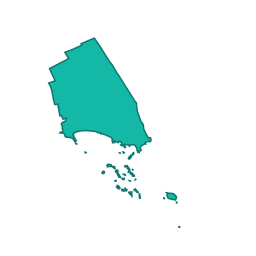 Kien Luong, Kiên Giang, Vietnam (Robinson projection), rotated 304°
{"feature_id": "81297802B41363610148385", "entity_name": "Kien Luong", "entity_type": "district", "adm_level": 2, "iso_a3": "VNM", "parent_name": "Vietnam", "parent_adm1": "Kiên Giang", "projection": "robinson", "projection_center": [104.552, 10.196], "detail": "fine", "context": "isolated", "style": "filled", "palette": "teal", "viewbox_px": 256, "rotation_deg": 304, "n_neighbors": 0, "source": "geoboundaries", "source_scale": "gbopen_adm2", "svg_char_len": 5803}
<svg xmlns="http://www.w3.org/2000/svg" viewBox="0 0 256 256"><g transform="rotate(304 128 128)"><path d="M105.2,59.7L99.9,64.7L101.1,65.7L99.0,69.2L101.5,71.2L100.4,71.5L99.7,72.0L99.2,72.1L97.5,71.8L96.4,70.7L94.7,70.3L93.5,70.9L92.7,72.7L90.7,73.7L90.2,75.0L89.3,75.7L88.4,75.8L86.6,74.3L85.9,74.2L87.1,76.5L87.6,78.4L87.0,79.6L86.0,80.3L85.7,81.8L86.3,82.5L87.6,85.0L88.3,87.4L87.9,89.9L87.1,90.9L86.9,91.5L86.9,91.9L87.3,92.4L88.1,92.0L88.5,92.2L88.6,91.5L89.2,90.9L89.6,90.0L89.8,88.5L90.0,88.5L90.0,88.0L91.0,87.7L91.2,87.4L91.6,86.1L92.8,86.0L93.0,86.2L94.6,86.6L96.7,88.0L100.5,91.9L103.1,95.8L107.0,103.1L107.3,104.4L107.1,104.8L107.2,105.7L107.8,106.7L108.3,106.7L108.5,107.0L108.4,107.9L107.8,108.6L108.5,109.3L109.6,112.7L110.7,119.4L110.4,121.1L108.9,121.6L108.1,122.4L108.3,123.1L107.2,123.6L108.0,124.1L108.2,124.5L108.3,124.1L108.1,123.8L108.6,123.3L108.9,123.5L108.6,123.7L108.5,124.2L109.6,123.8L109.8,124.2L109.7,125.9L110.3,126.8L110.3,127.8L110.6,128.1L111.0,127.6L111.3,127.6L111.8,127.8L112.2,128.4L112.3,129.2L112.2,131.1L111.6,131.2L111.2,131.8L110.7,131.9L110.4,131.6L110.1,131.6L109.9,131.4L109.6,132.2L110.1,132.6L110.4,133.8L110.6,134.0L111.1,134.2L111.9,133.6L112.5,134.1L113.0,135.6L114.2,137.8L113.7,138.9L113.7,139.5L114.4,139.5L115.0,139.2L115.5,139.3L117.2,142.1L117.5,143.1L117.5,144.1L116.9,144.9L116.4,146.3L115.7,147.0L115.3,147.8L114.6,147.8L114.3,148.0L114.3,149.3L114.0,149.6L113.5,149.7L114.0,150.4L113.9,151.0L115.1,150.6L116.6,151.4L117.4,150.9L117.5,150.1L117.7,149.7L118.5,149.6L119.0,148.9L120.1,149.0L123.9,150.5L124.2,150.8L124.5,151.7L124.8,151.5L124.6,150.8L125.0,150.5L126.9,151.2L128.1,152.0L128.1,152.3L128.8,153.1L128.8,153.9L129.0,154.1L129.8,154.1L131.1,153.7L132.5,152.1L132.2,151.5L131.6,151.5L131.4,151.1L131.5,149.6L133.5,145.7L135.9,141.7L138.4,139.5L139.1,139.2L139.6,137.9L140.3,136.8L140.4,135.6L140.7,135.0L147.0,126.5L149.3,124.3L153.7,120.7L153.6,120.1L153.8,119.4L166.7,90.2L167.3,88.3L171.5,79.6L172.7,75.6L179.6,60.0L183.7,49.8L171.6,41.9L170.9,43.5L160.3,36.9L155.5,33.3L152.3,40.0L133.4,29.7L126.4,41.2L120.9,37.1L118.7,41.2L115.2,45.2L110.1,50.2L106.5,54.2L108.6,56.5L106.5,58.2L106.1,59.6L105.2,59.7ZM96.3,198.1L96.3,196.8L96.0,196.3L95.9,197.3L94.5,197.6L93.7,198.1L92.3,200.3L92.5,201.9L93.7,204.6L94.0,205.8L94.5,206.5L94.8,207.6L97.4,207.1L98.1,206.6L98.8,204.2L98.9,203.0L98.6,201.5L96.8,198.3L96.3,198.1ZM86.9,131.9L85.3,131.3L84.7,132.3L84.3,132.7L85.1,133.3L85.8,134.4L86.1,134.4L86.7,135.1L87.1,137.5L86.7,139.2L87.3,139.7L88.5,138.6L87.9,138.0L87.9,137.1L87.4,137.0L87.2,136.4L88.0,134.5L87.2,132.2L86.9,131.9ZM77.2,167.1L75.6,164.8L75.3,164.6L74.8,164.8L74.7,165.8L74.1,166.8L74.3,167.6L74.0,168.7L73.7,169.3L74.7,168.8L75.5,167.4L76.3,167.5L77.2,167.1ZM91.7,160.2L92.5,158.9L92.4,157.9L92.8,157.2L92.8,155.7L92.1,154.9L91.5,155.4L91.3,156.3L91.5,157.2L91.4,157.8L90.7,158.4L91.0,159.5L91.7,160.2ZM84.9,145.4L85.2,144.1L84.6,143.6L84.4,144.9L83.6,145.1L83.0,146.7L82.1,147.8L82.1,148.1L82.7,148.5L83.0,149.2L83.3,149.1L83.6,147.9L84.5,146.3L84.5,145.8L84.9,145.4ZM106.3,145.7L104.9,145.1L102.8,145.4L102.7,145.9L102.9,146.3L103.9,146.8L106.4,146.8L106.8,146.2L106.7,145.8L106.8,145.6L106.3,145.7ZM80.8,168.0L80.4,167.5L79.7,168.2L80.4,169.9L80.4,170.2L79.7,171.1L80.2,172.4L80.5,172.3L80.6,171.9L81.2,169.2L81.6,168.4L81.5,168.0L80.8,168.0ZM77.6,133.5L78.3,133.2L78.6,132.8L78.5,131.8L77.7,131.4L76.3,131.4L76.0,131.9L76.3,132.9L76.8,133.3L77.6,133.5ZM95.1,149.8L94.4,149.8L94.0,150.2L94.2,151.3L93.6,152.2L93.6,152.6L94.4,152.8L94.8,152.6L95.6,150.4L95.1,149.8ZM73.7,157.2L73.2,157.3L72.7,158.4L73.3,159.0L73.3,159.4L73.9,159.1L74.1,159.3L74.2,160.7L74.4,160.8L74.7,160.5L74.2,159.7L74.5,158.4L73.9,158.0L73.7,157.2ZM96.1,148.9L96.4,148.7L96.4,148.4L95.3,147.1L94.4,146.6L94.1,147.4L95.4,148.6L96.1,148.9ZM83.6,153.5L84.2,153.1L83.2,152.2L83.0,151.8L83.1,151.1L82.8,150.9L82.6,151.2L82.8,152.1L82.5,152.6L82.6,153.2L82.9,153.5L83.6,153.5ZM110.3,146.1L108.6,146.2L108.2,147.0L109.5,147.3L109.9,147.0L110.0,146.4L110.3,146.3L110.5,146.7L110.8,146.5L110.3,146.1ZM76.8,177.4L78.0,176.4L78.4,176.0L78.3,175.6L78.0,175.5L77.6,176.0L76.9,176.1L76.3,176.7L76.3,177.1L76.8,177.4ZM111.2,135.2L111.0,134.9L110.2,135.3L110.1,136.4L110.3,136.8L110.8,136.7L111.2,135.2ZM73.6,151.6L73.3,151.1L72.6,151.6L72.3,152.4L72.3,153.5L72.7,153.2L73.2,151.8L73.6,151.6ZM73.7,155.0L73.9,154.3L73.2,153.6L72.7,154.1L72.7,154.7L72.9,154.9L73.7,155.0ZM86.8,143.8L87.1,143.0L86.8,142.0L86.4,141.7L86.5,143.5L86.8,143.8ZM77.4,147.8L77.8,147.6L77.8,147.3L77.2,146.7L76.8,146.7L76.8,147.3L77.1,147.7L77.4,147.8ZM74.2,153.9L74.7,152.7L74.6,152.0L73.9,153.1L73.9,153.6L74.2,153.9ZM92.9,154.8L93.1,154.1L92.8,153.7L92.4,154.5L92.4,154.8L92.9,154.8ZM79.2,175.1L79.7,174.9L79.8,174.4L79.4,174.3L78.8,174.7L78.8,175.0L79.2,175.1ZM84.0,107.7L84.3,106.3L83.9,105.9L83.6,106.3L84.0,107.7ZM74.8,226.3L75.0,225.6L74.4,225.4L74.3,226.0L74.8,226.3ZM105.5,138.7L105.5,137.4L105.3,137.2L105.2,137.7L104.9,137.8L105.2,138.4L105.0,138.6L105.5,138.7ZM90.0,197.6L90.3,197.1L90.1,196.8L89.5,197.3L89.6,197.5L90.0,197.6ZM93.5,210.4L93.8,209.9L93.6,209.6L93.0,210.1L93.1,210.3L93.5,210.4ZM87.8,152.8L87.6,151.7L87.3,151.4L87.2,151.9L87.8,152.8ZM92.1,153.3L92.3,152.8L91.6,152.7L91.5,153.1L92.1,153.3ZM85.0,142.9L85.3,142.5L85.1,142.1L84.7,142.4L85.0,142.9ZM76.4,160.2L76.6,159.3L76.3,159.2L76.0,159.5L76.4,160.2ZM86.1,94.4L86.2,93.9L85.9,93.5L85.7,94.1L86.1,94.4ZM95.7,155.3L96.3,155.4L96.3,155.0L95.8,154.9L95.7,155.3ZM102.7,135.7L103.0,135.5L102.7,135.0L102.5,135.7L102.9,136.1L102.7,135.7ZM89.7,163.2L89.8,162.9L89.7,162.7L89.1,162.9L89.7,163.2ZM85.4,159.6L85.5,159.4L85.1,158.5L84.9,159.0L85.4,159.6ZM75.7,161.8L75.2,161.3L75.0,161.8L75.7,161.8ZM87.4,150.5L87.1,149.9L86.9,149.9L87.0,150.4L87.4,150.5Z" fill="#14b8a6" stroke="#0f766e" stroke-width="1.5"/></g></svg>